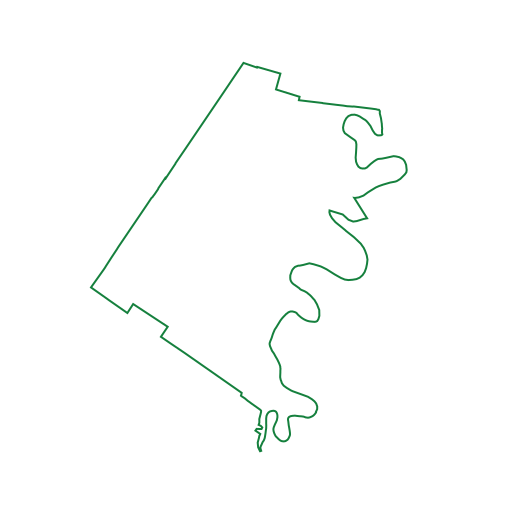 Radulesti, Ialomita, Romania (orthographic projection), rotated 76°
{"feature_id": "2599482B66503708972863", "entity_name": "Radulesti", "entity_type": "district", "adm_level": 2, "iso_a3": "ROU", "parent_name": "Romania", "parent_adm1": "Ialomita", "projection": "orthographic", "projection_center": [26.36, 44.763], "detail": "fine", "context": "isolated", "style": "outline", "palette": "green", "viewbox_px": 512, "rotation_deg": 76, "n_neighbors": 0, "source": "geoboundaries", "source_scale": "gbopen_adm2", "svg_char_len": 5506}
<svg xmlns="http://www.w3.org/2000/svg" viewBox="0 0 512 512"><g transform="rotate(76 256 256)"><path d="M446.3,298.1L444.6,298.2L443.1,298.2L441.6,297.3L440.3,296.2L438.2,294.6L436.9,293.1L435.1,291.8L433.7,291.1L430.4,289.7L427.8,288.7L425.6,287.8L422.7,287.0L421.2,286.7L418.4,286.0L416.0,285.4L413.7,284.5L412.1,283.3L410.8,281.7L410.2,280.0L410.2,277.9L410.4,276.4L411.0,275.2L411.9,274.3L412.9,273.9L414.6,273.7L415.9,273.8L417.6,274.2L418.9,274.8L420.4,275.5L422.1,276.8L424.0,278.4L426.5,280.2L428.1,281.0L430.1,281.3L432.2,281.2L434.0,280.9L435.8,280.4L437.2,279.5L439.1,278.4L440.6,277.3L441.7,276.1L442.5,274.3L442.7,273.0L442.7,272.1L442.3,270.9L441.9,269.8L440.9,268.6L438.9,267.0L437.8,266.3L436.2,265.9L433.9,265.6L431.4,265.4L428.2,265.2L424.4,264.7L422.9,264.6L421.9,264.4L420.9,263.8L420.2,262.9L419.8,261.3L419.9,259.4L420.3,256.9L420.8,255.7L421.9,252.8L422.6,250.6L423.4,248.6L424.6,246.9L425.5,244.7L425.6,243.0L425.3,241.1L425.0,239.7L424.3,238.2L423.4,236.9L422.3,235.6L422.0,235.6L421.8,235.6L420.3,234.4L419.4,233.7L416.8,233.0L413.7,233.3L411.4,234.3L410.5,234.9L408.5,236.4L405.2,239.6L402.0,244.3L396.1,253.1L394.9,254.6L391.4,258.1L388.5,260.5L385.8,261.6L385.0,261.7L383.3,261.8L382.8,261.9L382.2,262.0L379.7,261.9L379.2,261.8L378.1,261.5L375.1,260.6L373.5,260.2L371.2,259.5L370.0,259.4L369.2,259.2L367.3,259.3L365.2,259.6L361.4,260.4L359.4,261.0L358.0,261.4L354.9,262.2L351.8,263.4L346.8,264.2L344.6,264.1L343.9,263.8L343.6,263.7L342.9,263.2L342.2,262.8L340.5,261.5L338.9,260.4L336.1,258.7L334.4,257.5L332.6,256.1L332.0,255.7L330.2,253.7L324.6,248.0L322.9,245.9L321.8,244.3L320.8,242.7L320.2,241.7L320.0,241.4L319.8,241.2L319.1,239.5L318.6,238.5L318.4,237.8L318.3,237.0L318.2,236.3L318.2,236.1L318.2,235.9L318.6,234.1L319.8,231.9L321.0,230.5L322.9,229.6L324.0,228.9L325.0,228.2L326.4,227.2L327.8,226.0L329.1,224.7L330.3,223.3L331.3,221.9L331.9,220.8L332.3,220.0L332.9,218.5L333.6,216.5L334.1,215.0L334.2,213.6L333.9,212.3L332.3,210.7L329.4,209.0L323.7,207.7L320.8,208.1L317.7,208.5L312.8,209.9L311.4,210.7L308.3,212.3L306.9,213.2L306.3,213.6L305.6,214.2L304.0,215.3L303.2,216.1L302.3,217.0L301.8,217.6L301.3,218.2L301.1,218.5L300.3,219.6L299.4,220.7L298.8,221.2L298.1,221.6L297.2,222.2L296.6,222.8L295.6,223.6L294.6,224.5L293.5,225.4L293.1,225.8L292.3,226.5L291.5,227.0L291.1,227.3L290.0,227.8L289.0,228.1L288.6,228.2L287.7,228.3L287.3,228.3L286.9,228.3L285.2,228.0L284.3,227.7L283.6,227.6L282.4,227.0L281.4,226.3L280.0,225.4L278.6,224.4L277.6,223.3L276.6,221.8L276.1,220.9L276.0,220.6L275.8,219.1L275.6,217.4L275.9,216.1L276.0,214.5L276.0,214.4L276.1,212.3L276.0,206.0L276.7,204.6L277.9,202.2L280.5,197.8L281.8,195.7L283.6,193.5L286.0,190.7L292.8,184.2L295.0,181.9L298.0,178.7L299.0,177.3L300.3,175.6L301.7,172.2L302.4,168.1L302.7,164.4L302.7,164.0L302.1,160.6L300.6,157.7L300.4,157.3L297.9,154.5L294.4,152.1L290.5,150.2L286.5,148.7L282.2,148.4L277.3,148.9L273.9,149.6L272.2,150.3L271.4,150.6L269.5,151.3L268.2,152.1L267.3,152.7L261.6,156.3L253.6,162.5L252.6,163.1L248.7,166.0L243.8,169.7L242.3,170.8L237.7,173.1L233.8,174.2L231.3,174.2L229.6,173.6L231.7,170.2L233.6,167.0L235.1,164.5L236.7,161.8L243.2,157.5L245.1,154.8L246.1,153.4L246.5,149.8L246.1,142.6L246.3,139.1L223.4,146.6L223.6,146.1L224.0,142.0L223.4,137.1L222.3,134.4L221.4,132.2L220.6,129.8L218.5,123.2L217.9,119.8L217.5,115.4L217.2,108.1L217.5,103.1L217.4,101.5L217.2,100.7L216.1,97.3L212.8,91.8L211.2,89.9L209.1,89.0L203.9,88.3L200.3,88.8L197.9,89.8L196.3,91.3L194.7,93.2L193.2,96.2L192.4,98.4L192.2,106.4L192.0,110.2L191.4,114.0L191.7,115.7L192.6,118.4L194.3,122.2L197.0,127.1L197.4,129.1L196.9,131.4L196.0,133.4L194.1,135.0L191.4,135.8L188.7,136.1L184.6,135.5L180.1,134.0L175.3,132.5L172.0,131.6L169.5,131.4L168.6,131.6L167.8,132.0L167.0,132.6L163.6,135.6L158.3,140.1L155.5,140.8L152.5,140.5L149.4,139.1L146.7,137.4L144.2,135.1L142.6,132.5L142.1,129.3L142.7,126.2L143.9,123.9L145.7,121.6L149.1,118.5L150.1,117.4L151.5,116.3L153.6,115.2L157.5,113.5L162.4,112.4L166.2,111.0L167.3,110.0L168.3,109.0L168.7,107.6L169.0,106.2L169.1,104.9L168.6,104.0L166.7,103.9L166.1,103.7L165.6,103.6L163.8,103.1L163.7,103.1L163.2,102.8L161.9,102.6L160.5,102.4L158.9,102.1L157.9,101.9L157.5,101.9L153.5,101.5L152.6,101.4L152.2,101.4L147.5,101.4L146.6,101.1L145.4,100.8L143.9,101.3L143.5,102.5L142.6,104.1L142.1,105.4L141.5,106.9L140.9,108.4L134.6,124.9L134.5,125.4L134.4,126.1L133.5,128.8L132.7,131.4L131.2,134.9L128.5,142.1L127.8,143.9L123.9,154.2L123.6,154.5L118.4,168.3L115.2,176.7L112.0,175.2L110.8,177.3L99.8,195.4L99.2,196.3L84.9,188.2L72.8,209.1L73.4,209.5L71.5,212.4L67.0,219.3L66.1,220.7L65.6,221.4L71.2,227.6L77.1,234.2L86.4,244.5L103.0,263.0L133.4,296.9L146.5,311.6L147.0,311.9L158.3,324.3L158.9,324.9L158.3,325.1L161.3,328.4L166.6,334.3L167.5,334.9L171.6,339.5L173.1,341.4L173.7,342.0L174.5,343.5L180.4,350.0L196.0,367.4L213.2,386.6L214.4,387.9L215.7,389.2L222.4,396.5L230.1,404.7L230.4,404.9L232.7,407.5L245.7,422.7L246.6,423.7L248.9,421.7L255.5,416.0L261.9,410.5L263.0,409.6L280.2,394.6L272.9,386.8L303.3,358.8L311.4,367.8L320.0,360.2L332.7,348.8L385.3,303.0L386.6,303.6L387.9,304.4L388.6,303.9L391.4,301.3L394.6,299.0L396.3,297.5L397.8,296.3L405.7,289.5L406.7,288.8L407.4,288.5L408.5,288.8L410.3,289.7L412.5,290.9L415.1,292.3L415.8,292.4L418.6,293.1L420.5,294.3L421.9,292.5L423.9,291.4L425.2,292.5L424.6,294.8L423.9,297.2L425.3,298.8L429.7,294.9L430.5,295.5L431.2,296.2L433.3,297.2L437.5,299.5L442.2,300.2L442.6,300.1L446.4,299.3L446.4,299.0L446.3,298.1Z" fill="none" stroke="#15803d" stroke-width="2"/></g></svg>